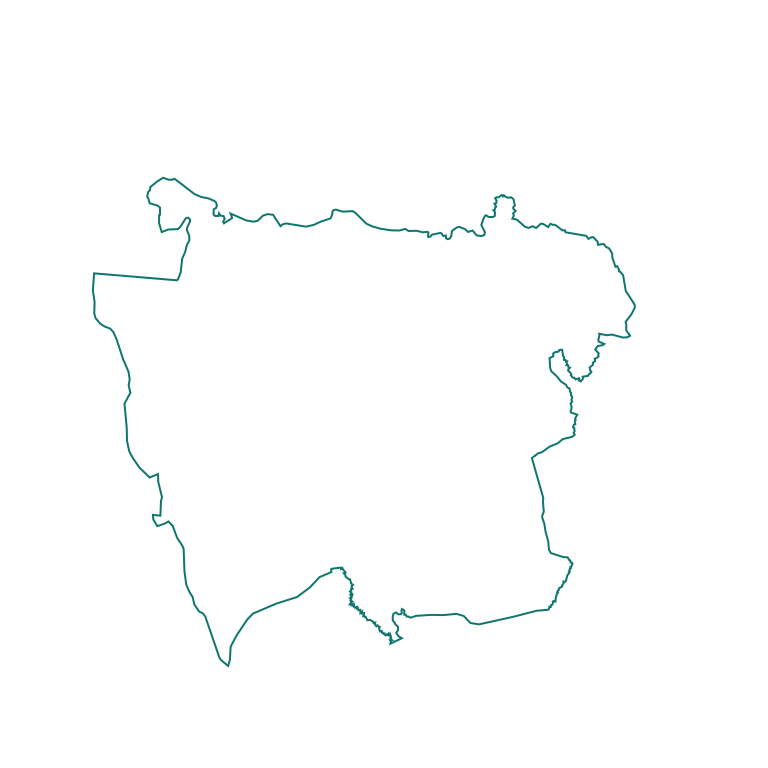 the district of Bang Mun Nak, Phichit, Thailand, rotated 71°
{"feature_id": "78962969B44850282674557", "entity_name": "Bang Mun Nak", "entity_type": "district", "adm_level": 2, "iso_a3": "THA", "parent_name": "Thailand", "parent_adm1": "Phichit", "projection": "albers", "projection_center": [100.449, 16.044], "detail": "fine", "context": "isolated", "style": "outline", "palette": "teal", "viewbox_px": 768, "rotation_deg": 71, "n_neighbors": 0, "source": "geoboundaries", "source_scale": "gbopen_adm2", "svg_char_len": 6165}
<svg xmlns="http://www.w3.org/2000/svg" viewBox="0 0 768 768"><g transform="rotate(71 384 384)"><path d="M607.8,266.7L606.1,270.7L598.3,281.2L594.5,282.0L586.5,280.0L576.8,279.4L568.1,277.9L561.9,277.9L560.0,277.2L556.8,274.5L547.3,272.1L543.6,270.5L502.2,268.3L499.7,260.9L499.9,257.0L497.1,247.6L496.7,239.1L494.3,232.9L495.2,223.5L494.1,220.2L491.7,220.5L491.0,219.3L487.6,218.4L486.4,219.4L484.3,217.7L484.3,216.2L481.2,215.7L480.6,214.5L478.9,214.6L475.9,211.3L472.0,216.3L471.0,216.7L467.4,214.2L463.1,213.9L461.9,211.8L460.2,212.0L458.0,210.5L456.7,210.3L455.6,211.0L452.9,210.0L451.8,210.6L448.8,210.0L446.9,211.7L443.9,212.2L439.4,215.8L432.6,218.3L426.2,221.8L422.7,221.6L413.4,219.0L412.9,214.9L410.3,214.2L409.6,212.0L410.2,208.3L408.9,207.1L409.6,204.4L415.8,205.6L417.2,205.0L419.7,206.0L420.4,204.5L421.6,204.7L422.1,203.6L423.1,204.6L424.5,204.3L425.6,205.3L426.1,203.9L427.9,204.1L429.2,202.9L430.2,205.1L431.6,205.5L433.8,204.2L436.1,203.7L436.6,204.5L439.4,203.5L440.0,202.1L442.0,201.4L442.0,197.8L442.7,197.5L444.1,198.6L445.6,197.3L444.4,194.9L442.7,193.6L441.8,193.7L442.7,188.3L441.3,186.8L441.1,185.3L439.9,183.9L438.5,184.6L435.3,184.2L433.9,180.2L431.9,179.6L431.1,177.0L428.7,176.5L428.7,174.5L427.7,172.1L426.0,172.0L424.9,171.0L420.2,173.1L417.7,169.5L418.5,164.5L417.9,162.7L413.7,167.2L412.1,167.0L407.7,164.2L406.6,164.2L410.5,157.2L411.4,152.6L417.9,142.8L419.0,138.9L418.5,135.6L412.3,137.5L406.8,135.6L403.9,135.3L398.8,127.6L395.4,124.0L393.1,121.8L390.5,121.2L374.7,125.1L359.0,122.5L354.8,124.1L353.9,125.2L351.9,124.6L348.4,125.3L348.5,127.0L338.6,126.9L334.9,125.8L329.2,126.9L326.6,129.5L323.1,130.7L322.1,136.3L318.9,135.7L313.4,138.3L312.8,139.9L313.3,143.5L309.8,144.5L299.6,163.0L297.6,162.8L296.9,165.2L289.1,170.5L288.6,172.4L286.7,174.5L289.1,177.6L284.4,181.5L283.5,183.5L286.0,189.3L283.2,192.2L283.5,196.5L281.2,199.5L271.7,205.0L269.5,208.8L267.0,206.4L264.8,206.4L263.2,203.2L260.4,204.7L259.0,204.3L257.9,202.2L251.4,201.4L249.0,202.9L248.3,205.9L246.6,208.1L244.6,209.3L245.3,210.5L243.6,211.2L244.8,215.0L244.1,216.6L244.4,218.4L247.6,217.9L249.4,219.0L249.5,220.8L252.9,220.2L253.3,221.4L255.6,222.8L255.4,223.9L258.0,223.1L261.2,224.6L261.6,226.7L260.1,230.8L257.8,232.4L257.8,233.5L259.8,235.9L265.3,240.2L273.3,239.1L275.8,240.7L275.8,243.9L273.6,248.0L267.7,250.3L267.6,255.0L263.8,257.1L260.0,261.7L259.7,264.4L261.5,270.0L266.1,272.3L267.9,274.5L267.8,276.6L266.5,277.9L263.7,277.2L263.3,279.9L260.7,280.4L259.5,281.5L258.4,290.0L259.7,292.2L259.6,294.0L258.9,294.5L255.3,292.7L254.3,293.3L253.2,298.0L249.9,302.9L247.3,311.0L244.4,313.2L243.8,319.6L241.0,327.3L235.9,337.0L230.9,344.1L226.6,348.5L212.6,355.5L210.4,357.3L207.5,367.1L203.5,372.6L203.2,374.8L203.8,376.3L206.7,377.7L210.0,380.5L209.9,391.0L210.7,398.7L209.8,406.6L200.4,424.1L200.0,427.6L201.1,430.5L187.9,433.8L185.5,438.7L185.4,443.6L188.5,450.2L188.1,454.4L184.6,460.9L172.9,473.6L177.6,473.5L180.0,483.0L178.2,483.3L176.0,480.9L173.1,480.9L171.6,483.7L168.9,484.4L171.3,485.8L170.2,488.9L168.2,490.0L163.4,488.1L163.0,485.7L161.1,484.0L158.0,483.6L155.7,484.8L151.3,489.6L147.7,495.9L142.8,501.3L121.8,515.2L121.9,517.8L120.7,521.2L117.1,525.7L118.6,532.3L121.5,540.5L124.7,542.4L125.8,544.6L129.8,546.9L131.4,546.4L136.8,546.7L141.7,539.9L144.2,538.4L151.0,540.6L151.0,541.6L158.7,544.3L168.0,544.7L167.7,537.7L170.4,528.6L169.4,525.8L162.7,517.4L163.0,515.0L165.4,513.8L167.1,514.5L172.1,519.2L174.3,520.3L180.3,519.9L184.7,521.2L188.6,525.3L194.3,528.9L199.6,533.9L212.1,539.8L218.1,544.8L218.5,546.1L185.0,622.1L200.4,628.7L212.4,631.0L223.0,635.0L227.7,635.3L234.8,632.6L238.4,629.7L242.6,624.8L246.7,623.0L254.6,622.3L275.6,622.6L289.2,621.6L296.7,622.9L302.2,625.9L309.7,626.6L318.1,635.8L341.6,641.5L354.0,645.5L364.8,646.8L372.0,645.6L383.4,642.5L396.1,636.0L395.6,627.0L403.0,629.3L418.9,630.8L421.9,632.9L435.7,638.3L432.5,645.1L437.0,646.2L444.6,644.6L444.6,636.9L443.8,632.6L449.5,630.0L462.0,629.7L470.8,627.4L474.6,627.1L496.3,633.7L509.4,636.3L517.8,635.6L523.2,634.3L530.7,635.1L539.1,632.8L541.6,630.1L545.6,628.7L588.9,628.7L592.1,627.9L599.8,623.2L594.7,619.5L582.8,614.7L580.4,612.4L573.1,604.4L562.2,590.0L558.4,582.7L556.6,557.5L557.1,535.7L552.3,520.5L545.6,507.7L544.7,495.0L541.9,494.3L541.8,492.8L543.5,484.8L545.0,484.9L544.5,483.4L545.5,483.7L546.0,483.0L549.7,481.8L549.8,483.7L551.7,482.7L553.7,483.0L557.0,480.9L557.6,479.7L561.9,480.0L563.8,478.7L564.3,480.3L565.5,480.3L566.1,481.2L567.4,480.4L567.7,482.2L569.1,482.4L569.2,483.7L571.0,482.8L571.8,483.9L572.6,482.3L573.5,482.7L573.4,484.2L574.9,483.9L575.3,485.7L576.2,484.8L577.4,486.0L579.0,485.0L578.5,486.2L580.0,486.3L581.0,487.8L581.3,486.1L582.5,487.0L583.1,486.4L582.3,484.3L583.6,484.3L583.9,485.3L585.9,484.4L585.9,482.1L587.4,482.9L587.6,481.5L589.6,481.9L589.9,479.8L592.8,480.9L592.1,478.8L593.8,479.6L594.1,477.4L596.6,479.1L596.7,478.1L597.8,478.1L598.3,477.1L602.0,476.6L602.6,473.8L605.1,471.8L606.5,471.7L606.7,469.9L608.2,470.9L610.6,470.1L610.0,468.7L611.6,468.2L612.4,467.1L613.5,468.3L616.7,468.3L616.7,466.5L618.5,466.9L618.8,466.0L620.0,465.8L620.0,464.7L621.2,464.9L622.2,464.3L621.6,463.0L622.4,462.5L621.7,461.3L623.1,461.7L623.6,460.9L622.4,459.7L625.7,459.7L626.5,460.8L628.7,459.8L628.3,461.6L629.5,461.2L631.6,462.5L630.2,449.9L627.3,452.3L623.4,453.5L621.1,450.8L618.2,449.8L614.0,451.8L613.2,451.5L610.5,452.7L606.8,451.5L604.3,449.8L603.9,447.0L606.4,445.5L607.2,443.0L606.4,441.7L603.9,441.3L602.6,440.3L604.7,438.5L608.7,440.0L609.0,438.6L611.3,438.2L611.7,436.8L613.6,435.0L613.7,429.1L617.5,415.1L621.8,403.2L624.9,390.4L629.2,384.2L638.2,380.0L642.2,372.4L646.2,337.4L648.1,313.4L650.9,302.4L650.4,301.2L648.6,300.3L649.1,299.0L647.5,298.3L647.6,297.0L645.7,295.1L644.7,295.2L644.4,294.3L645.5,292.7L643.2,291.8L639.6,289.6L637.9,287.5L637.2,288.0L635.9,286.8L635.8,285.9L634.1,285.0L633.6,281.6L632.7,281.5L630.9,279.1L629.2,278.7L630.0,277.2L629.2,275.9L624.6,273.0L623.2,270.7L622.0,270.5L622.1,269.6L620.3,269.4L620.1,268.7L618.8,268.2L618.8,267.1L617.5,267.1L617.3,265.9L615.3,264.3L613.8,264.7L613.6,265.6L611.3,265.4L610.6,266.3L607.8,266.7Z" fill="none" stroke="#0f766e" stroke-width="2"/></g></svg>